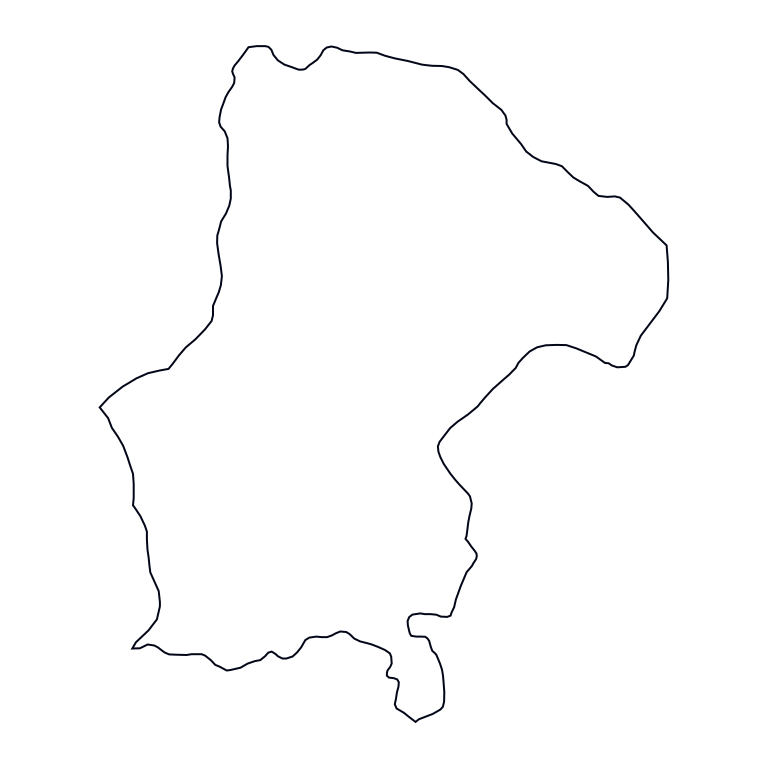 Trashiding, Daga, Bhutan (Albers equal-area conic projection)
{"feature_id": "84629894B27572863852317", "entity_name": "Trashiding", "entity_type": "district", "adm_level": 2, "iso_a3": "BTN", "parent_name": "Bhutan", "parent_adm1": "Daga", "projection": "albers", "projection_center": [89.999, 26.91], "detail": "fine", "context": "isolated", "style": "outline", "palette": "ink", "viewbox_px": 768, "rotation_deg": 0, "n_neighbors": 0, "source": "geoboundaries", "source_scale": "gbopen_adm2", "svg_char_len": 3869}
<svg xmlns="http://www.w3.org/2000/svg" viewBox="0 0 768 768"><path d="M666.6,245.4L653.0,232.5L641.7,219.5L633.7,210.4L628.3,204.5L620.0,197.6L614.9,196.4L607.1,196.9L598.5,195.9L593.6,191.8L588.0,185.9L579.5,181.2L573.4,177.5L567.7,172.1L561.9,166.2L555.8,164.0L541.6,161.3L536.5,158.7L533.1,156.9L526.2,151.5L521.1,144.1L512.3,133.6L508.2,126.7L506.6,123.8L506.6,119.9L505.4,115.4L503.3,112.6L501.5,110.0L492.7,103.1L484.9,95.3L479.5,90.3L469.7,81.0L463.5,74.1L457.8,69.9L449.2,67.2L441.8,66.0L432.4,65.8L425.8,65.1L421.9,64.6L407.9,61.0L394.9,58.4L385.2,55.8L376.7,52.7L369.8,52.5L355.9,52.9L350.1,51.5L342.5,50.3L337.1,47.7L331.5,46.5L326.7,47.5L323.3,50.3L320.7,55.2L317.2,59.6L313.2,62.6L309.6,65.0L305.4,68.9L302.8,69.6L298.8,69.7L291.4,67.0L284.4,64.6L277.9,60.4L273.5,55.0L271.3,49.7L268.5,46.9L265.1,46.1L256.9,46.1L248.5,47.2L243.4,54.4L238.2,61.2L234.6,65.5L233.0,68.4L232.2,71.4L233.2,74.4L234.6,77.3L234.2,82.9L232.3,86.6L228.3,92.3L225.6,97.2L223.3,103.6L221.1,109.4L219.6,117.0L219.1,122.3L220.6,126.7L224.7,131.3L227.5,138.2L228.0,146.1L227.5,155.4L227.5,166.0L228.6,174.1L229.0,177.0L230.0,186.2L230.8,190.3L230.8,198.5L229.3,205.6L226.0,213.5L221.1,221.5L219.9,226.3L218.4,231.9L217.3,235.5L217.1,243.2L218.6,254.2L220.6,265.9L221.9,276.1L220.9,285.1L218.7,292.5L216.8,296.8L213.0,306.0L213.0,315.2L211.6,321.0L204.9,329.5L195.5,339.2L185.8,347.4L179.0,355.3L172.4,364.2L168.5,368.9L159.2,370.6L148.0,373.2L136.5,378.3L130.4,382.0L122.8,386.5L108.8,397.5L99.7,407.4L108.1,418.1L111.9,427.9L118.0,436.8L123.1,445.7L127.4,457.0L130.7,467.2L133.0,473.8L133.7,483.8L133.7,497.9L133.0,505.3L135.5,508.8L140.4,516.2L144.9,525.7L146.9,531.6L146.9,539.2L147.3,546.8L147.5,549.7L148.7,558.1L149.5,566.1L150.3,572.4L154.8,582.4L158.7,591.1L159.9,601.8L159.9,606.4L156.9,619.4L148.5,630.4L136.0,642.2L132.3,648.5L139.8,648.3L147.7,644.5L154.3,645.5L158.1,647.5L160.6,649.5L164.5,652.4L169.1,654.4L175.9,654.7L179.4,654.8L186.6,655.0L191.5,654.2L201.6,654.2L205.1,655.6L211.0,660.3L215.3,664.9L219.1,666.4L226.7,670.5L230.5,670.0L240.5,667.7L247.6,663.6L254.9,661.1L260.3,660.1L265.1,656.2L268.2,652.7L271.7,651.6L275.8,654.2L277.8,656.2L282.4,658.5L286.4,658.5L292.6,656.5L297.1,652.4L301.2,647.3L305.3,640.1L309.3,637.6L316.2,636.6L321.3,637.1L327.1,637.1L331.7,635.5L336.0,633.2L340.3,631.5L346.2,632.0L349.5,634.0L354.3,638.6L360.1,641.4L367.3,643.2L371.8,644.5L378.0,646.9L385.0,650.0L389.9,653.4L391.2,656.7L391.7,663.5L390.2,666.9L387.5,670.5L386.9,673.0L386.9,675.7L389.0,677.6L393.9,678.2L397.2,679.4L398.8,682.2L398.5,686.5L396.9,692.6L396.0,698.7L394.8,704.3L396.6,708.5L403.9,712.8L408.5,716.5L415.5,721.9L419.0,719.2L432.6,714.0L440.3,709.6L442.8,706.9L444.1,701.7L444.3,692.1L443.6,682.7L443.0,675.6L442.0,669.7L440.0,663.6L437.7,658.0L436.2,654.6L434.5,652.8L432.3,650.9L430.8,646.9L429.2,641.0L427.5,638.5L425.3,636.8L421.3,636.6L416.3,636.6L411.2,635.8L409.7,633.1L407.9,625.5L407.6,621.0L409.2,617.1L412.4,614.6L420.4,613.4L424.6,614.1L430.2,614.1L436.3,614.7L440.9,616.6L447.2,616.9L450.6,615.6L451.6,612.4L454.1,607.3L455.9,599.5L460.7,586.2L466.6,572.2L471.9,566.0L473.4,563.2L476.1,559.1L476.8,556.1L476.5,553.6L474.6,550.7L471.1,546.3L468.2,542.0L465.5,538.8L466.5,536.1L467.2,531.1L468.2,522.7L469.5,515.9L471.3,508.5L471.7,503.5L470.0,496.4L468.0,493.6L459.8,485.0L455.3,479.9L450.3,473.6L443.8,464.0L440.3,457.0L438.4,451.6L437.9,446.3L439.6,441.8L445.1,434.6L450.2,428.0L457.7,421.6L467.7,414.7L477.7,406.4L480.2,403.2L485.2,397.3L492.8,389.0L504.2,378.9L509.2,374.6L512.2,371.5L515.7,368.0L518.4,362.9L522.9,357.9L529.6,351.5L537.1,347.3L545.7,345.3L556.4,344.9L566.4,345.1L576.4,348.4L596.0,356.5L604.9,362.9L608.7,363.3L611.9,365.5L617.3,367.3L625.4,366.8L628.0,365.1L633.9,355.4L634.5,352.1L636.3,345.3L640.8,335.7L659.3,311.2L667.2,298.3L668.3,279.9L667.9,262.1L666.6,245.4Z" fill="none" stroke="#020617" stroke-width="2"/></svg>